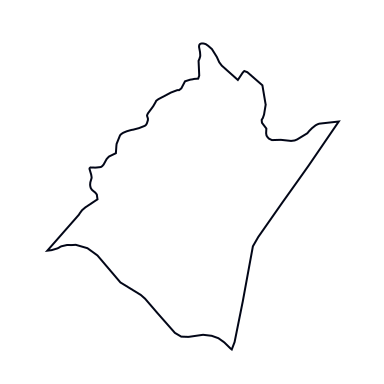 outline of Cartago, rotated 100°
{"feature_id": "CRI-1327", "entity_name": "Cartago", "entity_type": "Province", "adm_level": 1, "iso_a3": "CRI", "parent_name": "Costa Rica", "parent_adm1": "", "projection": "albers", "projection_center": [-83.788, 9.802], "detail": "fine", "context": "isolated", "style": "outline", "palette": "ink", "viewbox_px": 384, "rotation_deg": 100, "n_neighbors": 0, "source": "natural_earth", "source_scale": "10m", "svg_char_len": 1915}
<svg xmlns="http://www.w3.org/2000/svg" viewBox="0 0 384 384"><g transform="rotate(100 192 192)"><path d="M108.9,135.9L110.4,135.5L111.7,135.1L116.6,129.8L121.3,129.2L123.5,128.4L124.9,127.1L126.1,125.5L127.0,122.3L125.2,113.6L124.5,103.3L123.4,99.8L122.0,97.6L114.2,88.7L113.4,88.2L111.6,87.2L108.3,84.9L104.9,81.9L103.5,80.1L102.6,78.5L97.1,59.7L145.9,81.8L163.0,89.9L186.5,101.1L224.7,118.9L234.9,122.6L291.1,123.0L332.4,124.0L340.2,125.5L339.3,127.1L334.5,134.1L331.4,140.6L330.2,147.6L330.7,156.3L335.3,170.3L336.3,177.5L333.7,184.4L317.1,205.2L305.3,219.6L302.3,224.5L293.5,246.8L270.9,274.1L265.5,285.2L264.2,297.3L265.1,301.0L265.9,305.9L268.2,311.3L269.0,312.4L270.2,313.7L271.0,314.9L273.6,320.1L274.9,324.3L233.8,299.3L232.8,299.0L229.0,297.1L225.6,294.3L215.6,283.8L211.0,285.3L209.5,287.0L207.5,290.5L206.9,291.3L206.2,291.9L205.5,292.5L204.6,292.9L203.6,293.3L202.5,293.6L201.4,293.7L200.1,293.8L195.5,293.3L194.4,293.6L192.4,294.3L187.0,297.0L186.2,296.9L185.5,296.3L184.7,291.1L183.5,286.9L183.1,285.9L182.1,284.9L180.3,283.8L174.4,281.8L172.5,280.6L171.4,279.8L167.0,273.7L159.5,274.5L157.7,274.6L149.1,272.8L148.1,272.4L146.9,271.4L145.6,270.0L143.6,266.9L142.0,263.7L141.2,261.9L140.9,260.9L138.3,255.3L135.3,250.4L134.7,249.6L133.6,248.8L132.0,248.3L128.8,247.9L127.2,248.2L126.1,248.8L125.2,249.3L124.3,249.6L122.3,249.1L114.3,245.1L109.6,243.4L108.4,243.1L106.4,241.2L97.7,230.0L94.2,224.1L94.1,223.3L93.9,222.4L91.8,220.5L84.2,218.1L81.7,213.3L81.0,211.2L80.2,209.3L79.3,205.6L76.1,205.1L61.7,208.3L59.5,207.8L57.1,207.5L56.0,207.6L52.8,208.4L48.1,210.2L47.0,210.4L45.8,210.3L45.0,209.9L44.4,209.1L44.0,208.2L43.8,207.0L43.8,205.8L44.0,204.1L45.2,201.5L47.8,197.2L54.7,191.0L59.5,187.7L62.4,184.6L73.7,166.3L65.9,162.9L64.4,162.0L63.8,161.5L64.4,158.3L74.7,141.2L92.7,134.8L93.1,134.6L103.3,134.5L106.9,135.1L107.8,135.5L108.9,135.9Z" fill="none" stroke="#020617" stroke-width="2"/></g></svg>